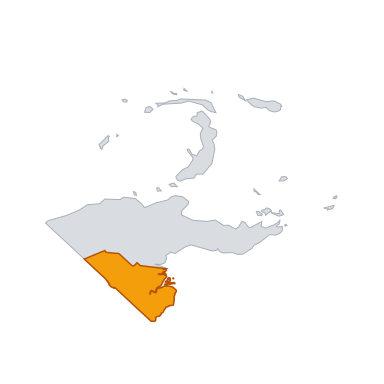 location of Western within Papua New Guinea, rotated 313°
{"feature_id": "PNG-1248", "entity_name": "Western", "entity_type": "Province", "adm_level": 1, "iso_a3": "PNG", "parent_name": "Papua New Guinea", "parent_adm1": "", "projection": "equal_earth", "projection_center": [142.614, -7.162], "detail": "fine", "context": "in_parent", "style": "filled", "palette": "amber", "viewbox_px": 384, "rotation_deg": 313, "n_neighbors": 0, "source": "natural_earth", "source_scale": "10m", "svg_char_len": 8512}
<svg xmlns="http://www.w3.org/2000/svg" viewBox="0 0 384 384"><g transform="rotate(313 192 192)"><path d="M69.6,250.6L69.5,201.5L67.6,197.8L69.5,189.1L69.4,105.9L72.9,106.3L89.8,116.5L101.3,121.7L111.3,124.2L120.5,132.5L127.3,133.0L137.4,144.6L141.5,145.4L148.6,155.2L149.0,163.1L148.2,168.1L159.1,172.8L169.5,179.6L175.1,180.3L178.2,182.6L182.1,188.4L182.8,196.1L180.6,197.5L170.8,197.4L168.1,199.9L171.9,212.0L180.7,223.0L187.3,228.1L189.2,238.1L192.6,241.2L194.7,249.1L198.1,249.9L204.8,248.6L205.9,252.0L204.8,257.0L205.8,259.0L218.1,263.2L214.0,265.8L215.8,270.4L223.8,274.3L228.8,275.8L231.8,275.3L228.2,277.6L225.1,276.9L224.5,277.6L225.8,279.5L228.4,281.5L225.6,284.2L223.0,284.6L218.0,282.9L213.7,277.9L200.3,275.7L195.7,273.6L192.0,274.3L181.2,271.6L177.7,268.2L175.3,262.9L168.9,256.5L167.4,253.4L168.1,249.3L166.3,249.9L162.6,246.9L152.8,227.5L147.8,224.7L135.4,221.4L133.6,217.6L127.7,216.2L126.4,218.7L121.7,220.4L117.7,218.6L113.7,213.8L118.4,224.6L116.7,224.5L117.5,226.2L116.6,226.4L111.4,225.8L113.0,230.2L104.4,232.7L98.1,231.8L95.0,232.9L93.8,232.8L92.1,229.5L89.8,230.1L91.7,230.2L94.2,234.0L99.5,233.4L104.7,236.3L109.1,242.7L108.9,247.1L97.0,255.2L90.2,251.7L80.2,252.6L76.6,251.3L72.1,252.9L69.6,250.6ZM248.6,141.7L251.1,143.9L253.6,141.6L258.3,144.5L257.4,155.2L255.8,158.1L251.8,159.2L251.3,160.8L253.9,167.1L252.8,169.3L249.3,171.7L243.5,171.4L241.9,175.8L238.7,179.6L226.2,187.2L212.6,187.8L208.2,183.1L203.5,184.0L197.3,178.4L192.0,176.1L191.0,174.0L191.1,171.3L192.6,169.6L201.9,169.9L207.9,172.1L215.7,170.8L217.9,169.1L218.7,162.2L220.0,159.4L221.3,160.7L219.7,166.0L221.5,170.8L227.0,169.4L230.6,170.5L233.3,169.1L237.3,161.6L240.4,158.2L246.1,156.5L246.1,151.1L244.1,143.5L244.9,141.3L248.6,141.7ZM316.6,196.6L315.9,199.1L315.5,198.3L312.6,200.5L309.4,199.8L306.5,197.4L304.3,193.1L304.2,188.2L301.1,186.0L297.0,179.8L296.2,175.7L296.6,169.0L302.6,172.9L308.6,184.6L314.5,189.8L316.6,196.6ZM270.3,144.7L266.3,155.4L263.8,151.0L262.9,148.0L262.7,139.8L256.3,127.6L249.7,123.5L236.3,110.8L231.0,108.8L232.3,108.2L232.3,105.1L238.9,111.7L243.1,113.3L248.5,118.4L252.3,120.2L268.5,139.2L270.3,144.7ZM163.4,91.7L176.1,92.2L176.3,93.6L174.6,93.8L172.5,96.4L164.9,95.6L161.6,97.0L161.3,95.1L162.6,94.6L162.4,92.7L163.4,91.7ZM226.6,255.6L228.9,257.4L230.9,257.2L232.4,259.3L232.6,262.7L231.8,263.5L231.2,262.5L225.1,261.8L226.3,259.8L225.1,255.9L226.6,255.6ZM225.9,107.1L221.4,107.0L218.0,102.9L222.4,100.9L225.8,102.8L225.9,107.1ZM235.6,270.5L238.5,268.4L239.2,269.1L238.0,274.4L233.6,272.1L230.7,263.7L235.6,270.5ZM259.4,248.2L264.3,247.2L266.6,249.5L267.3,250.3L266.8,252.6L262.7,251.6L259.4,248.2ZM270.1,299.3L279.2,305.1L275.8,306.1L272.9,304.5L272.6,303.1L271.4,303.6L272.0,302.6L270.1,299.3ZM185.8,177.5L181.8,173.1L182.0,170.1L186.3,172.7L185.8,177.5ZM223.6,258.9L222.4,259.0L219.8,256.0L221.4,252.5L223.2,253.8L223.6,258.9ZM295.2,168.8L293.5,161.6L295.0,159.4L296.6,164.0L295.2,168.8ZM171.8,168.7L169.0,166.0L171.1,163.4L172.3,164.7L171.8,168.7ZM214.8,82.3L213.3,82.9L211.2,80.5L211.8,77.9L214.2,79.6L214.8,82.3ZM153.3,151.1L151.7,153.7L150.5,151.7L152.4,148.9L153.3,151.1ZM236.5,235.1L236.5,243.6L235.3,241.9L235.9,238.4L234.6,237.4L236.5,235.1ZM110.2,237.3L112.9,240.8L106.3,235.2L110.2,237.3ZM112.5,236.5L108.9,235.0L108.2,233.9L112.4,234.5L112.5,236.5ZM287.8,300.2L287.5,301.4L285.1,301.6L283.6,299.9L285.1,300.3L284.9,299.1L287.8,300.2ZM262.3,115.5L262.4,119.5L260.7,116.7L262.3,115.5ZM253.4,113.4L252.7,114.5L251.0,111.7L251.3,111.2L253.4,113.4ZM232.5,282.6L232.2,284.3L230.6,283.4L230.9,282.3L232.5,282.6ZM251.9,110.3L250.6,110.8L250.9,108.1L251.9,110.3ZM182.9,97.8L183.0,99.8L181.2,99.3L182.9,97.8ZM279.1,137.8L278.9,139.6L278.0,139.0L279.1,137.8Z" fill="#d9dde1" stroke="#a8b0b8" stroke-width="1"/><path d="M69.1,191.0L69.0,190.7L69.3,190.4L69.3,190.1L69.1,189.8L69.1,189.7L69.3,189.1L69.4,188.9L69.5,188.8L69.5,186.5L69.5,181.4L69.5,177.1L69.5,172.9L69.5,167.2L69.5,166.3L69.5,163.5L69.5,159.2L69.5,158.9L69.9,159.1L89.8,168.2L89.3,169.6L89.3,170.1L89.7,170.9L95.2,178.2L96.5,179.5L96.9,180.0L97.1,181.2L97.2,197.2L97.3,198.3L97.6,199.4L98.5,199.8L99.8,200.0L102.8,200.0L102.9,204.4L118.4,225.6L118.1,225.5L117.8,225.2L117.6,224.7L117.3,224.4L117.1,224.4L116.1,224.3L116.3,224.6L116.6,224.8L116.9,224.8L117.0,224.9L117.3,225.1L117.9,226.0L117.7,226.4L117.4,226.6L117.0,226.7L115.5,226.7L115.2,226.6L115.1,226.4L114.8,226.1L114.6,226.0L114.1,225.7L113.9,225.6L113.6,225.4L113.2,225.4L112.1,225.7L111.2,225.7L110.9,225.5L110.7,225.3L110.5,224.4L110.2,224.0L110.0,223.8L109.7,223.7L109.3,223.7L109.2,223.6L108.9,223.5L108.8,223.8L108.9,224.0L109.0,224.1L109.9,224.2L110.1,224.4L110.1,225.0L110.2,225.4L110.5,225.7L111.9,226.5L112.1,226.8L112.2,227.7L113.2,229.9L113.3,230.5L113.2,230.9L112.9,231.1L112.6,231.2L108.4,231.3L107.8,231.8L106.4,231.9L102.5,233.2L102.2,233.3L101.9,233.2L100.2,232.2L98.2,231.7L97.9,231.6L97.6,231.8L96.8,232.0L96.5,232.0L96.1,232.2L95.2,233.0L94.9,233.2L94.5,233.2L93.8,233.1L93.4,233.0L93.2,232.7L93.0,232.3L92.7,230.1L92.3,229.5L91.6,229.3L90.7,229.6L90.1,229.6L89.9,229.8L89.7,230.0L89.4,230.2L89.2,230.3L88.8,230.6L88.7,230.8L88.8,231.0L89.0,231.1L89.4,230.7L89.6,230.5L89.9,230.4L90.0,230.3L90.1,230.2L90.5,230.2L91.4,230.0L91.8,229.9L92.2,230.0L92.4,230.5L92.4,230.9L92.9,233.1L93.3,233.7L93.8,234.1L94.5,234.2L95.1,233.9L96.2,232.9L96.8,232.6L98.1,232.9L98.4,232.8L99.1,233.1L99.6,233.8L99.8,233.9L100.1,234.0L101.2,234.9L101.8,235.3L103.9,235.8L104.5,236.2L105.0,236.6L107.2,238.9L108.1,240.4L108.6,241.5L109.2,242.5L109.4,242.8L109.4,243.1L109.4,246.0L109.5,246.7L109.5,247.1L109.4,247.5L109.0,248.0L108.8,248.1L108.5,248.3L108.0,248.5L107.1,248.5L106.6,248.6L106.7,248.8L106.2,248.9L105.8,248.9L105.7,248.9L105.7,249.0L105.5,249.3L105.4,249.4L105.2,249.4L103.7,250.0L103.4,250.2L103.0,250.7L102.6,251.0L102.3,251.1L102.2,251.4L102.0,251.7L101.9,251.9L101.5,252.2L100.8,252.6L100.2,253.2L98.4,254.1L98.2,254.3L98.0,254.6L97.1,255.3L96.5,255.4L95.9,255.1L95.4,254.7L94.6,253.8L94.0,253.3L93.5,252.9L93.0,253.0L92.5,252.7L92.3,252.6L91.9,252.6L91.6,252.5L90.9,251.9L90.1,251.5L89.9,251.5L89.7,251.6L89.4,251.9L89.2,251.9L88.6,251.9L86.3,252.1L86.0,252.2L85.0,252.7L84.6,252.8L84.2,252.8L83.9,252.8L83.2,252.5L82.8,252.4L81.4,252.7L81.0,252.7L80.9,252.8L80.7,253.0L80.4,253.1L80.2,253.1L79.9,253.0L79.7,252.8L79.5,252.7L79.2,252.8L78.7,252.8L78.3,252.7L78.1,252.3L77.4,251.6L76.9,251.3L76.3,251.1L75.6,251.1L75.0,251.3L73.8,252.7L73.2,253.0L72.5,253.1L71.8,252.8L70.1,250.7L69.6,250.3L69.6,247.8L69.6,243.5L69.6,239.3L69.5,235.4L69.5,229.6L69.5,225.8L69.5,224.9L69.5,220.8L69.5,216.6L69.5,210.8L69.5,209.9L69.5,207.1L69.5,203.7L69.5,201.3L69.3,201.3L68.9,201.1L68.9,200.4L68.5,200.5L68.4,200.2L68.3,199.8L68.3,199.4L67.9,199.1L67.8,198.9L67.7,198.7L67.8,198.6L67.9,198.3L68.0,198.1L67.9,197.9L67.5,197.5L67.4,197.2L67.4,196.8L67.5,196.5L67.7,195.8L67.6,195.4L67.4,195.2L67.5,194.9L67.8,194.8L68.1,194.7L68.3,194.5L68.3,194.3L68.2,194.1L68.1,193.9L68.4,193.8L68.5,193.8L68.5,193.7L68.5,193.1L68.6,192.8L68.7,192.7L68.9,192.7L69.0,192.5L69.1,192.1L69.0,191.7L68.8,191.7L68.7,191.3L68.6,191.1L68.4,191.1L68.6,191.0L68.9,191.0L69.1,191.0ZM112.9,239.9L113.2,240.1L113.5,240.5L113.6,240.9L113.6,241.5L113.4,241.9L113.2,242.0L113.0,241.8L112.9,241.4L112.8,241.1L112.6,240.9L110.6,239.6L110.3,239.3L110.1,239.1L109.8,239.1L109.6,239.0L109.5,238.8L109.4,238.5L108.4,237.4L107.5,237.0L107.1,236.8L106.9,236.6L106.5,235.8L106.3,235.6L106.0,235.3L105.8,235.1L106.0,235.0L106.3,235.0L106.5,235.0L107.1,235.9L107.3,236.2L108.8,236.6L110.2,237.3L110.5,237.4L110.8,237.6L111.0,238.0L112.5,239.8L112.9,239.9ZM109.1,235.2L108.7,235.0L108.3,234.5L108.1,234.0L108.4,233.7L108.6,233.7L108.8,233.8L109.0,234.0L109.7,233.9L110.8,233.9L112.3,234.1L112.5,234.2L112.5,234.8L112.5,235.1L112.8,235.7L112.9,236.0L112.9,236.3L112.7,236.5L112.4,236.6L111.6,236.6L111.2,236.5L110.5,236.0L110.2,235.5L109.8,235.4L109.1,235.2ZM114.0,234.5L114.1,234.9L114.0,235.1L113.8,235.3L113.5,235.2L113.2,234.9L112.6,234.0L111.8,233.6L111.9,233.2L112.7,233.2L113.4,233.3L113.7,233.7L113.9,234.1L114.0,234.5ZM114.0,227.0L114.2,227.3L114.3,227.8L114.2,228.0L114.0,227.9L113.5,227.7L112.9,227.6L112.4,227.3L112.3,226.9L112.1,226.5L112.4,226.2L112.9,226.2L113.7,226.7L114.0,227.0ZM113.8,228.2L114.1,228.5L114.2,228.8L114.2,229.2L113.8,229.5L113.3,229.4L113.0,228.9L112.7,228.2L113.0,227.9L113.4,228.0L113.6,228.1L113.8,228.2ZM116.3,236.8L116.4,237.1L116.2,237.6L115.7,237.5L115.7,237.2L115.9,237.0L116.1,236.9L116.3,236.8Z" fill="#f59e0b" stroke="#b45309" stroke-width="1.5"/></g></svg>